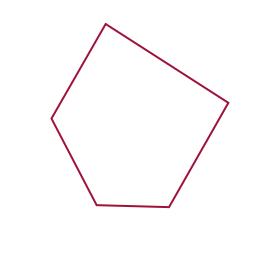 outline of Vatican, rotated 307°
{"feature_id": "VAT", "entity_name": "Vatican", "entity_type": "country or territory", "adm_level": 0, "iso_a3": "VAT", "parent_name": "Europe", "parent_adm1": "", "projection": "mercator", "projection_center": [12.434, 41.902], "detail": "fine", "context": "isolated", "style": "outline", "palette": "rose", "viewbox_px": 256, "rotation_deg": 307, "n_neighbors": 0, "source": "natural_earth", "source_scale": "50m", "svg_char_len": 233}
<svg xmlns="http://www.w3.org/2000/svg" viewBox="0 0 256 256"><g transform="rotate(307 128 128)"><path d="M208.5,193.0L89.5,208.4L47.5,149.4L89.5,61.2L197.6,47.6L208.5,193.0Z" fill="none" stroke="#9f1239" stroke-width="2"/></g></svg>